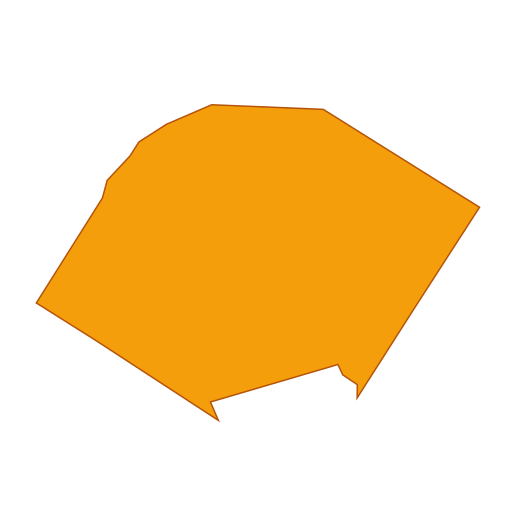 Madison, Tennessee, United States of America (Natural Earth projection), rotated 211°
{"feature_id": "52423323B23237187605689", "entity_name": "Madison", "entity_type": "district", "adm_level": 2, "iso_a3": "USA", "parent_name": "United States of America", "parent_adm1": "Tennessee", "projection": "natural_earth1", "projection_center": [-88.842, 35.612], "detail": "fine", "context": "isolated", "style": "filled", "palette": "amber", "viewbox_px": 512, "rotation_deg": 211, "n_neighbors": 0, "source": "geoboundaries", "source_scale": "gbopen_adm2", "svg_char_len": 406}
<svg xmlns="http://www.w3.org/2000/svg" viewBox="0 0 512 512"><g transform="rotate(211 256 256)"><path d="M96.2,186.4L93.4,290.8L89.5,412.9L219.7,415.3L255.8,416.0L273.9,416.3L371.9,362.8L400.6,322.8L415.1,293.5L415.5,277.0L422.5,244.1L417.5,226.5L420.1,102.6L350.1,101.1L203.6,95.7L219.9,107.4L129.9,205.2L120.4,198.8L102.9,197.9L96.2,186.4Z" fill="#f59e0b" stroke="#b45309" stroke-width="1.5"/></g></svg>